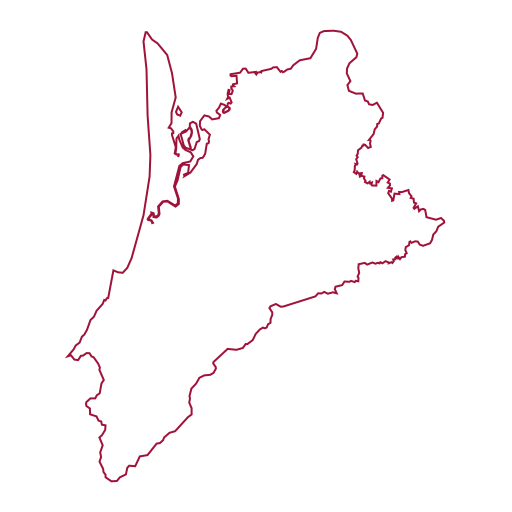 the district of Pedernales, Manabi, Ecuador
{"feature_id": "8360857B91942112022560", "entity_name": "Pedernales", "entity_type": "district", "adm_level": 2, "iso_a3": "ECU", "parent_name": "Ecuador", "parent_adm1": "Manabi", "projection": "natural_earth1", "projection_center": [-79.906, 0.068], "detail": "fine", "context": "isolated", "style": "outline", "palette": "rose", "viewbox_px": 512, "rotation_deg": 0, "n_neighbors": 0, "source": "geoboundaries", "source_scale": "gbopen_adm2", "svg_char_len": 6027}
<svg xmlns="http://www.w3.org/2000/svg" viewBox="0 0 512 512"><path d="M423.0,245.8L430.1,243.3L432.0,239.9L433.3,234.5L436.4,231.2L438.2,226.7L444.2,222.6L443.9,220.7L441.0,218.0L436.0,219.7L426.5,217.2L425.2,210.0L423.5,208.9L420.7,209.5L419.1,211.2L417.9,206.3L414.3,208.8L413.6,207.8L416.2,203.4L414.0,202.6L413.6,198.7L410.7,197.9L411.5,196.2L409.0,193.1L408.4,190.0L401.8,192.1L399.1,192.0L399.4,194.1L394.5,193.6L393.3,200.4L392.1,200.8L392.0,198.6L388.2,193.2L389.0,190.9L390.9,191.7L391.9,188.4L387.9,187.8L390.0,185.4L389.9,183.6L387.7,182.5L389.6,179.5L383.2,175.1L382.3,175.8L382.3,178.3L380.4,178.5L378.5,182.2L376.5,181.0L376.4,185.6L372.1,185.5L371.4,184.7L371.9,182.5L370.1,183.4L369.7,181.7L367.6,183.4L365.0,182.0L365.5,180.8L363.9,178.4L364.4,176.6L361.5,175.8L359.9,176.6L359.6,175.2L361.5,174.5L361.8,173.1L358.5,173.4L357.1,171.6L356.2,173.8L353.8,172.1L354.7,170.3L354.9,165.7L356.1,164.7L355.7,164.0L357.2,164.4L357.5,163.4L356.2,159.2L357.7,157.1L356.6,155.6L357.7,153.9L358.0,150.3L361.5,147.6L362.4,145.6L363.4,145.6L363.6,144.5L365.1,144.8L368.1,148.0L370.8,146.9L370.0,143.6L370.6,140.9L370.1,139.8L369.0,139.9L373.6,134.0L374.8,129.1L377.1,126.6L377.2,124.0L378.8,123.5L381.2,118.4L382.5,117.8L383.1,112.8L376.9,102.7L372.6,105.0L369.1,104.3L367.8,101.5L365.0,100.5L362.7,93.5L355.7,93.6L348.9,90.8L347.4,85.1L350.4,81.1L346.8,73.4L347.0,68.7L349.4,63.3L356.4,57.2L357.3,53.7L350.9,40.1L347.4,35.7L341.1,31.8L333.5,30.7L323.9,31.1L319.8,32.9L317.8,37.8L316.1,48.8L310.4,58.2L299.7,60.3L293.2,65.3L290.8,68.7L287.2,69.5L284.4,71.6L282.8,72.2L281.8,71.0L280.5,71.8L276.9,67.2L273.2,67.4L271.3,68.8L261.7,71.0L261.3,72.2L260.1,71.1L260.6,72.2L257.6,72.5L256.3,74.5L255.3,73.3L255.7,71.9L248.4,72.8L245.7,68.6L243.0,68.7L240.1,72.7L230.6,74.2L230.5,75.5L231.4,76.2L236.5,75.8L237.1,83.4L233.0,84.3L232.8,85.2L234.1,86.3L231.3,86.6L231.2,88.0L232.8,90.7L231.5,94.1L228.8,94.0L229.5,90.1L228.5,89.9L227.6,94.1L228.1,96.9L227.2,98.8L229.6,97.5L231.6,102.4L230.6,103.6L228.6,102.8L227.9,103.5L227.3,106.5L229.5,107.7L229.8,108.5L229.4,109.9L228.5,110.8L224.4,112.9L223.4,112.8L222.8,111.8L223.2,109.7L226.5,106.7L224.5,104.9L220.9,103.6L219.0,107.7L216.4,110.8L216.9,112.5L220.2,115.0L218.9,118.2L212.2,119.4L209.0,116.5L204.4,115.4L200.1,121.1L199.8,125.7L201.5,129.3L202.3,130.0L204.4,129.3L209.9,134.7L208.5,139.3L209.0,141.5L208.5,143.2L206.8,143.7L205.1,154.0L202.7,157.8L200.3,158.1L198.0,159.8L196.7,164.1L190.4,172.6L184.6,176.1L185.3,174.6L183.2,175.0L188.1,172.8L189.0,165.1L183.1,164.5L180.6,167.0L177.6,180.1L174.9,186.6L178.9,199.2L178.8,204.0L175.5,206.6L167.5,201.5L163.3,201.7L158.8,206.7L159.5,214.0L158.7,215.8L156.5,217.5L153.5,217.1L153.4,214.2L152.6,213.6L148.1,219.0L151.5,220.4L153.0,222.8L152.2,223.1L151.4,220.7L147.9,219.8L147.7,218.9L151.6,213.5L151.4,212.5L153.6,213.2L154.2,216.7L157.8,215.8L158.8,213.3L158.1,206.5L162.6,201.4L167.4,200.8L175.1,205.5L177.8,203.4L178.0,198.6L174.0,186.4L179.4,165.9L182.8,163.1L190.2,161.5L193.3,156.4L190.7,152.3L185.4,149.9L182.7,147.5L179.3,139.6L178.5,135.7L176.5,138.5L176.2,148.6L175.5,153.0L176.2,154.3L178.7,154.3L178.8,155.0L178.1,157.0L178.5,154.5L176.4,154.6L174.7,153.5L175.8,147.1L171.9,134.8L172.0,133.4L173.3,133.2L173.3,131.5L171.0,128.3L168.7,127.7L171.5,123.2L171.6,112.3L175.7,97.5L172.0,73.2L167.2,55.0L157.5,43.3L152.1,39.6L147.0,32.3L145.7,32.2L143.5,41.4L146.5,69.2L147.6,115.7L150.4,155.1L149.6,176.5L143.5,215.3L131.6,258.1L127.3,267.8L122.7,272.8L118.1,272.3L113.4,270.4L108.2,298.0L106.9,298.2L105.5,300.5L104.2,300.0L102.6,304.0L96.6,310.7L93.9,316.8L90.5,320.0L87.0,329.8L84.3,334.6L81.9,336.7L79.6,342.6L75.7,345.5L73.7,349.3L67.8,356.3L71.0,355.3L74.4,359.6L78.1,360.1L80.9,355.8L83.1,355.6L86.5,353.1L89.5,353.2L91.5,356.4L93.7,357.3L98.2,363.7L99.9,367.6L99.4,369.9L103.8,380.0L101.5,383.4L99.7,393.3L96.8,395.3L95.2,398.4L90.4,398.4L86.4,402.1L86.0,403.5L86.4,406.0L89.9,408.5L90.1,414.3L96.5,416.4L98.5,420.6L101.2,421.5L101.9,424.7L105.5,425.3L105.2,429.9L101.9,435.3L99.4,437.5L102.7,445.3L100.2,452.4L101.1,457.1L99.5,461.6L103.1,468.8L103.5,472.0L105.5,474.7L105.6,477.3L111.4,481.3L116.9,481.0L119.9,477.3L125.9,474.4L127.3,467.8L129.2,465.7L135.2,466.2L139.8,456.4L147.5,455.1L156.6,443.6L159.9,443.1L163.1,440.1L164.1,437.5L169.5,432.8L175.1,431.2L188.1,417.0L191.6,414.5L191.6,408.2L189.2,402.5L190.0,398.8L189.5,396.1L191.4,388.6L196.2,383.5L199.4,377.8L204.2,375.4L210.2,374.8L213.5,372.9L215.9,368.6L215.7,367.0L213.2,363.4L213.4,362.1L227.6,348.9L236.4,349.8L242.8,348.0L245.7,344.0L247.4,344.1L252.7,340.1L255.8,333.8L259.8,329.5L262.9,327.6L264.9,328.3L266.7,327.5L268.0,324.3L270.5,322.8L270.6,319.1L272.3,314.8L272.2,312.2L269.4,308.1L270.5,306.3L275.9,304.0L280.7,306.7L283.1,306.6L315.4,296.4L318.2,293.3L321.4,293.5L324.2,291.9L327.9,293.7L332.9,292.3L336.7,293.3L334.8,289.1L335.5,286.7L342.2,285.1L344.5,281.5L349.4,281.8L351.1,280.9L354.7,282.1L355.8,280.8L358.3,281.3L358.5,277.9L357.6,276.6L359.2,272.9L358.3,268.3L358.7,264.2L364.8,262.9L367.1,264.6L372.4,262.5L375.4,263.7L377.8,262.8L379.6,263.4L380.3,262.2L382.4,263.3L385.5,261.2L388.6,262.4L388.6,263.3L391.5,262.2L392.4,263.0L393.8,261.1L393.2,259.5L395.2,259.3L395.3,257.6L396.7,256.5L397.7,257.1L397.3,258.4L398.3,258.5L398.5,257.0L400.0,259.1L401.4,257.2L404.9,256.7L405.1,254.2L406.7,253.2L405.3,250.1L405.8,247.1L409.0,245.2L409.5,241.8L410.3,241.4L411.5,242.8L415.2,241.3L417.8,241.6L419.7,244.6L423.0,245.8ZM192.5,150.2L194.5,149.1L196.8,142.0L199.1,141.0L199.8,139.1L196.2,123.7L192.9,121.8L189.9,123.4L189.8,126.6L191.7,129.6L192.0,132.6L191.3,135.8L188.5,140.5L190.6,146.9L190.9,149.7L192.5,150.2ZM191.7,132.6L191.1,129.2L189.1,128.0L186.1,131.5L180.6,133.9L183.8,145.5L185.7,147.8L190.0,149.2L190.4,147.4L188.2,140.2L188.7,138.6L190.3,137.3L191.7,132.6ZM180.2,115.7L181.7,112.3L178.1,106.8L176.0,111.9L177.1,114.4L180.2,115.7ZM224.1,112.7L228.8,110.4L229.5,107.9L227.0,106.5L224.0,109.0L223.1,111.8L224.1,112.7ZM181.2,132.8L184.7,131.9L186.2,129.6L181.2,132.8Z" fill="none" stroke="#9f1239" stroke-width="2"/></svg>